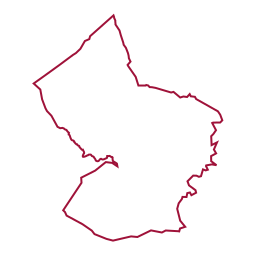 San Francisco Ozolotepec, Oaxaca, Mexico
{"feature_id": "50627088B26566065011472", "entity_name": "San Francisco Ozolotepec", "entity_type": "district", "adm_level": 2, "iso_a3": "MEX", "parent_name": "Mexico", "parent_adm1": "Oaxaca", "projection": "mercator", "projection_center": [-96.209, 16.098], "detail": "fine", "context": "isolated", "style": "outline", "palette": "rose", "viewbox_px": 256, "rotation_deg": 0, "n_neighbors": 0, "source": "geoboundaries", "source_scale": "gbopen_adm2", "svg_char_len": 3177}
<svg xmlns="http://www.w3.org/2000/svg" viewBox="0 0 256 256"><path d="M135.7,76.9L129.5,68.0L127.9,65.6L127.6,64.9L130.5,61.6L129.1,58.7L128.9,58.3L128.6,55.7L128.0,53.2L125.9,47.8L123.7,44.8L123.2,42.5L120.8,35.2L119.5,30.5L117.5,27.5L115.5,24.5L115.5,23.5L115.3,21.9L115.3,20.5L114.6,18.9L114.1,17.9L114.1,17.1L113.5,15.4L90.1,36.2L89.3,39.1L84.9,41.0L80.4,48.8L75.9,53.1L73.0,54.9L59.0,65.3L40.7,78.5L35.9,81.9L35.8,82.0L33.7,83.5L40.3,89.5L42.1,99.3L45.5,108.3L47.0,111.1L51.4,115.7L57.5,126.8L60.2,128.2L62.5,127.9L64.0,128.5L64.3,128.9L64.7,129.2L65.0,129.4L65.5,129.6L65.9,129.7L66.0,129.8L66.3,129.9L66.6,130.1L66.8,130.5L67.1,130.9L67.4,131.3L67.7,131.7L68.1,132.0L68.4,132.3L68.6,132.5L69.0,132.9L68.7,133.5L68.6,133.9L68.7,134.2L68.7,134.5L69.2,134.7L69.7,135.4L70.0,136.3L70.2,136.9L70.3,137.3L70.6,138.1L70.9,138.7L71.1,139.2L71.5,139.8L72.0,140.2L72.7,140.4L73.2,140.5L73.6,140.7L73.8,141.0L73.9,141.3L74.1,141.3L74.3,141.5L74.4,141.8L74.4,142.2L74.8,142.6L75.1,143.0L75.5,143.5L75.8,143.7L76.3,144.2L76.7,144.3L77.0,144.3L77.1,144.7L77.5,145.0L78.0,145.4L78.2,145.6L78.6,145.8L78.9,145.8L79.2,146.0L79.4,146.5L79.5,147.0L79.6,147.3L80.0,147.6L80.4,148.1L80.6,148.3L81.0,148.7L81.2,149.0L81.5,149.3L81.8,149.6L82.1,149.8L82.4,149.8L82.7,149.7L82.8,149.7L82.8,149.8L83.0,150.0L83.2,150.4L83.4,150.9L83.8,151.5L84.0,152.1L84.1,152.5L84.1,152.9L84.1,153.3L83.7,153.8L83.5,154.0L83.3,154.5L83.2,154.7L83.1,155.0L82.9,155.5L82.8,155.9L82.8,156.4L82.9,156.7L83.1,156.8L83.6,156.8L84.3,156.7L85.0,156.5L85.7,156.2L86.3,156.0L86.9,155.6L87.3,155.4L87.9,155.3L88.4,154.9L88.9,154.6L89.5,154.6L90.2,154.6L90.7,154.6L91.2,155.0L91.5,155.5L92.0,156.1L92.4,156.2L93.0,156.4L93.7,156.8L93.8,157.2L94.0,157.5L94.6,158.2L95.1,158.9L95.5,159.6L95.7,160.3L96.0,160.7L96.7,161.0L97.2,161.2L97.7,161.2L98.3,161.1L98.7,160.9L99.1,160.4L99.5,159.9L99.9,159.4L100.4,159.0L101.0,158.8L101.9,159.3L102.7,159.5L103.9,159.3L105.0,158.8L106.0,158.4L106.8,157.9L107.0,157.8L107.2,156.0L107.9,156.0L108.8,156.1L109.4,155.9L109.8,156.0L110.6,156.5L111.3,157.0L112.1,157.0L112.4,157.3L112.6,157.5L112.6,158.0L112.5,158.6L112.6,159.1L112.7,160.2L113.0,161.0L113.6,161.5L114.6,162.1L115.8,162.8L116.9,163.6L117.4,166.4L112.2,162.9L105.8,162.1L95.2,170.6L81.2,177.7L81.5,182.8L63.2,210.3L65.0,212.1L66.6,215.6L82.5,224.2L91.8,230.6L94.5,234.1L106.5,238.9L113.0,240.6L131.1,236.4L137.4,237.0L151.0,230.4L161.9,232.5L165.7,230.5L178.0,231.2L179.2,231.4L180.0,228.5L185.2,226.8L180.2,220.7L177.2,208.8L178.7,203.3L181.9,199.0L182.5,196.9L186.5,197.0L187.3,193.1L189.9,192.5L191.4,195.2L196.1,192.7L195.5,190.2L189.0,185.4L187.5,181.3L193.2,175.6L196.5,175.7L198.9,176.8L201.0,176.2L203.0,169.4L205.7,170.4L206.5,170.1L207.8,169.7L206.0,166.1L206.2,165.4L211.9,164.4L216.5,165.2L211.2,161.2L211.1,156.1L216.1,153.4L213.9,149.5L217.0,142.4L211.6,145.1L211.2,136.2L213.3,134.1L216.0,130.2L212.2,123.0L213.1,122.6L220.2,122.5L222.3,120.3L220.2,114.7L217.9,111.3L196.2,99.1L194.9,96.8L190.8,96.3L189.7,94.1L187.1,97.0L183.4,96.5L180.2,97.5L173.5,91.9L171.1,92.5L155.6,87.9L151.9,87.2L149.6,87.1L148.2,85.5L146.2,85.0L145.7,85.5L138.4,85.5L135.7,76.9Z" fill="none" stroke="#9f1239" stroke-width="2"/></svg>